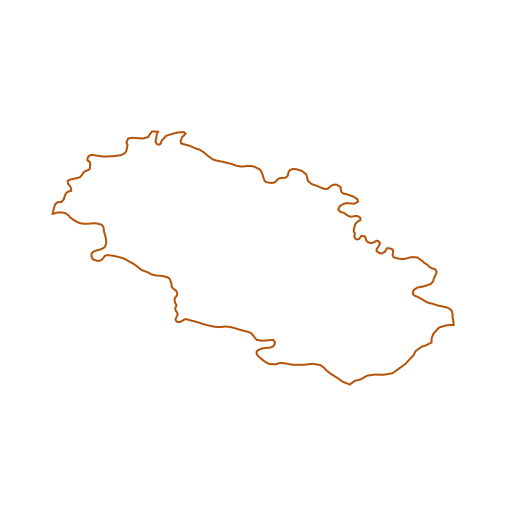 Maladzyechna, Minsk, Belarus (Equal Earth projection), rotated 192°
{"feature_id": "67162791B22380901430791", "entity_name": "Maladzyechna", "entity_type": "district", "adm_level": 2, "iso_a3": "BLR", "parent_name": "Belarus", "parent_adm1": "Minsk", "projection": "equal_earth", "projection_center": [26.93, 54.243], "detail": "fine", "context": "isolated", "style": "outline", "palette": "amber", "viewbox_px": 512, "rotation_deg": 192, "n_neighbors": 0, "source": "geoboundaries", "source_scale": "gbopen_adm2", "svg_char_len": 4987}
<svg xmlns="http://www.w3.org/2000/svg" viewBox="0 0 512 512"><g transform="rotate(192 256 256)"><path d="M48.3,229.6L49.6,233.9L51.3,237.7L51.7,240.4L53.3,243.0L55.2,244.5L58.5,245.4L63.5,245.4L68.7,245.4L73.3,246.0L75.8,246.0L79.3,246.3L83.5,247.8L85.8,248.6L89.3,249.6L92.8,250.2L94.3,251.1L95.1,254.0L94.1,256.3L91.2,258.9L87.0,260.5L82.8,262.8L79.3,264.9L77.4,268.1L77.4,270.2L76.7,273.8L76.1,276.0L76.1,278.2L78.2,280.4L80.5,280.4L83.6,281.1L86.7,283.2L89.4,284.0L92.5,285.8L97.9,288.1L100.0,287.9L103.6,287.2L106.1,286.1L108.2,284.9L110.7,283.8L114.4,283.1L117.5,283.1L121.1,283.4L122.5,285.2L122.7,286.9L122.7,288.9L123.8,290.8L126.9,291.3L129.6,290.7L130.4,288.2L130.8,286.9L133.8,284.5L135.6,284.5L139.0,285.7L139.4,287.6L138.8,289.5L137.9,291.4L137.3,294.5L139.4,296.0L141.5,296.0L142.9,294.3L145.6,292.6L147.1,292.6L149.4,292.8L151.5,294.3L152.5,295.8L152.9,297.2L153.5,297.8L155.4,297.8L157.1,297.6L158.1,295.4L158.9,293.9L161.0,293.1L162.5,293.7L163.9,295.4L163.9,298.4L165.8,301.0L165.8,304.9L165.4,308.1L164.5,309.8L163.3,311.2L161.2,313.1L162.0,315.1L165.2,316.2L167.5,315.7L170.6,314.3L173.3,314.2L176.8,315.4L179.1,316.6L182.2,316.5L185.2,318.4L184.5,321.9L182.2,324.4L178.7,326.5L174.1,327.1L170.4,327.7L167.4,330.5L168.7,332.7L173.1,334.4L179.5,335.2L183.5,335.2L185.8,336.5L186.8,338.4L187.6,341.1L192.0,342.5L194.7,342.0L196.8,340.5L198.3,338.7L199.9,336.5L203.5,335.8L205.8,336.2L212.0,337.5L214.3,337.5L216.8,338.1L220.8,340.3L222.2,343.1L223.9,346.4L228.7,348.7L234.9,349.3L238.3,348.7L241.0,346.7L241.6,344.8L241.6,341.3L242.7,339.4L244.5,338.1L246.5,337.9L248.7,337.2L250.2,336.2L251.1,334.7L252.3,332.8L253.7,331.5L255.7,330.7L257.5,330.5L259.4,330.5L261.5,330.3L263.1,331.2L265.0,334.1L266.3,336.7L268.3,339.6L270.3,341.5L276.8,343.1L280.0,342.9L283.3,342.2L286.2,341.2L289.8,340.3L295.0,340.3L299.2,341.0L301.5,341.0L307.0,341.2L310.0,341.2L315.5,341.2L318.4,341.5L324.6,344.3L327.9,346.2L333.4,348.4L337.3,348.6L343.9,350.0L349.4,350.3L352.7,350.5L353.6,352.9L353.3,355.0L352.7,357.6L351.4,359.1L350.4,361.2L352.3,362.2L357.9,360.7L361.8,358.8L365.7,356.7L368.9,354.8L372.2,349.1L372.5,346.2L373.8,344.8L376.1,344.8L378.0,346.7L378.1,350.3L378.4,353.8L377.7,357.1L380.7,356.7L383.6,356.2L385.2,352.9L386.2,350.0L391.1,347.4L396.3,346.7L401.2,346.0L405.4,344.5L406.4,340.3L404.7,337.7L404.7,334.1L404.7,331.5L406.0,328.9L409.3,326.5L415.8,324.1L421.3,322.7L424.9,321.7L429.1,321.3L433.7,321.0L437.6,320.8L439.9,319.6L441.1,317.2L440.8,314.6L438.5,313.7L437.2,311.3L436.9,308.2L436.9,306.1L439.2,304.4L441.1,303.2L442.4,301.1L443.1,298.8L444.8,296.3L449.1,294.2L453.3,292.3L455.8,290.4L454.9,287.7L452.4,285.5L450.6,283.2L450.5,281.2L453.0,280.0L454.6,278.4L455.4,276.1L455.7,272.8L455.8,271.3L457.8,268.2L461.1,267.5L463.2,264.8L463.5,261.9L463.7,258.7L463.7,255.0L461.5,256.0L459.1,257.3L455.5,258.1L451.9,258.4L449.1,257.4L447.5,256.6L446.3,255.4L442.6,253.7L440.2,252.7L437.8,252.0L434.8,251.5L431.5,251.7L427.6,252.5L424.4,253.4L422.0,254.2L420.3,254.5L417.8,254.7L415.5,254.7L413.5,254.4L411.8,253.2L410.6,251.2L410.0,248.9L408.4,245.8L407.0,243.1L406.0,240.7L405.4,238.3L405.1,237.3L405.6,234.1L406.1,233.0L407.2,231.7L410.5,229.6L413.7,227.9L416.2,226.2L417.3,224.1L416.8,221.6L415.7,219.7L414.5,218.8L409.8,218.2L408.0,218.9L406.2,220.1L405.3,221.8L404.4,223.4L404.0,224.6L402.0,225.8L400.1,226.1L397.1,226.5L391.8,226.5L389.1,226.4L385.8,226.2L383.0,225.6L380.2,224.7L377.8,223.9L374.4,223.0L372.0,221.9L369.4,220.7L366.7,219.3L364.3,218.4L361.4,218.0L358.9,217.6L356.7,217.1L355.0,216.5L352.1,216.2L349.5,216.2L346.5,216.6L343.9,217.0L340.5,216.9L338.1,216.8L336.3,216.1L335.0,214.7L333.8,212.8L332.9,211.3L332.2,208.6L330.9,207.4L328.6,206.2L326.5,205.1L325.6,203.8L325.2,202.6L325.2,201.5L325.4,200.4L326.7,197.9L326.7,196.6L325.5,193.5L323.5,191.3L324.2,187.9L323.1,185.7L322.2,185.2L320.5,183.0L320.6,181.4L321.5,178.2L321.4,176.8L320.2,175.5L318.6,175.2L316.7,175.7L314.2,177.6L313.3,178.7L311.6,179.7L308.2,179.5L304.9,179.3L302.0,179.3L297.1,178.9L293.5,178.4L290.9,178.3L286.4,178.1L282.2,178.2L278.7,178.5L274.6,179.6L271.5,180.6L269.0,181.0L265.5,181.2L261.9,181.1L257.5,180.6L254.1,180.4L249.8,180.2L246.4,180.0L244.0,179.2L239.7,175.4L237.7,174.1L233.5,174.3L230.3,175.0L226.4,176.1L223.8,177.1L221.4,177.4L219.5,175.5L219.6,173.1L220.3,171.3L222.2,169.8L224.2,169.0L227.7,168.0L230.8,166.8L234.4,164.4L235.5,162.8L235.1,160.7L233.5,158.8L228.6,156.1L226.2,154.9L222.4,153.5L219.6,153.2L214.6,154.1L211.9,155.4L209.8,156.6L206.3,156.9L204.6,157.1L199.5,157.1L193.6,157.9L190.7,158.8L188.7,159.0L184.5,160.2L180.6,161.6L178.3,162.3L173.8,162.6L170.2,162.6L166.3,160.9L163.1,158.6L158.2,156.2L150.8,153.6L144.9,151.0L137.4,149.8L137.3,150.1L133.5,154.3L128.1,157.0L122.3,162.1L115.6,164.6L106.4,166.4L98.1,169.7L93.5,174.8L87.2,181.7L84.3,186.9L81.4,191.4L80.1,196.2L75.1,201.7L70.9,204.1L66.3,208.0L67.1,211.9L66.3,216.8L63.8,221.3L62.1,224.0L56.2,227.4L50.8,229.2L48.3,229.6Z" fill="none" stroke="#b45309" stroke-width="2"/></g></svg>